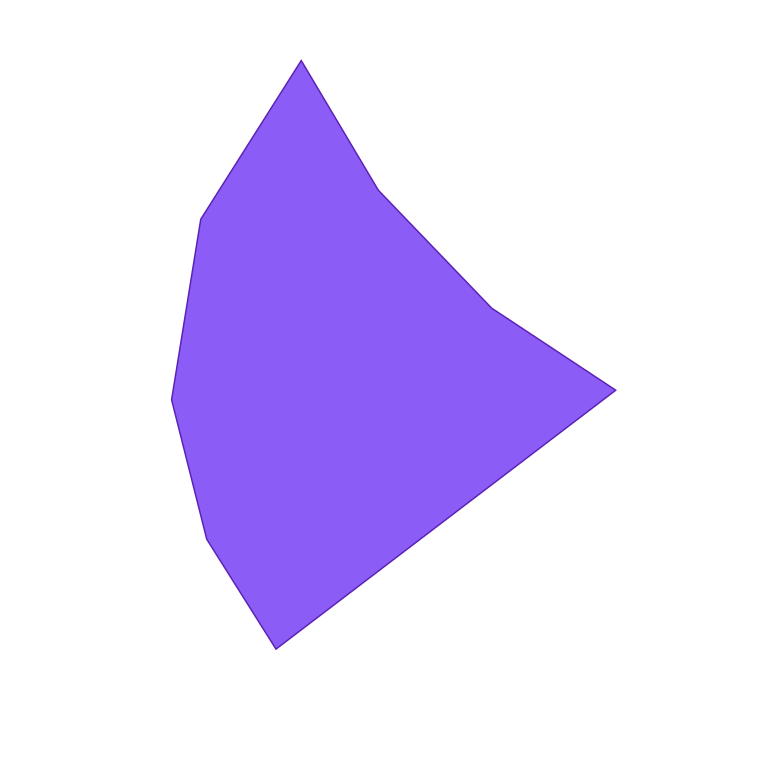 the border of Saint Mark, rotated 197°
{"feature_id": "GRD-5074", "entity_name": "Saint Mark", "entity_type": "Parish", "adm_level": 1, "iso_a3": "GRD", "parent_name": "Grenada", "parent_adm1": "", "projection": "natural_earth1", "projection_center": [-61.681, 12.191], "detail": "fine", "context": "isolated", "style": "filled", "palette": "violet", "viewbox_px": 768, "rotation_deg": 197, "n_neighbors": 0, "source": "natural_earth", "source_scale": "10m", "svg_char_len": 278}
<svg xmlns="http://www.w3.org/2000/svg" viewBox="0 0 768 768"><g transform="rotate(197 384 384)"><path d="M160.6,445.8L409.8,98.9L508.1,183.7L582.5,306.8L607.4,488.0L557.7,669.1L446.0,567.6L303.2,488.0L160.6,445.8Z" fill="#8b5cf6" stroke="#5b21b6" stroke-width="1.5"/></g></svg>